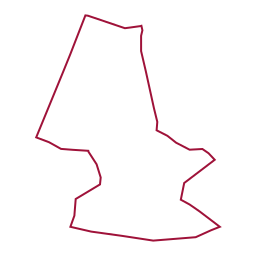 Leslie Land, Castries, Saint Lucia (Mercator projection)
{"feature_id": "8701671B53611878651636", "entity_name": "Leslie Land", "entity_type": "district", "adm_level": 2, "iso_a3": "LCA", "parent_name": "Saint Lucia", "parent_adm1": "Castries", "projection": "mercator", "projection_center": [-60.987, 14.008], "detail": "fine", "context": "isolated", "style": "outline", "palette": "rose", "viewbox_px": 256, "rotation_deg": 0, "n_neighbors": 0, "source": "geoboundaries", "source_scale": "gbopen_adm2", "svg_char_len": 661}
<svg xmlns="http://www.w3.org/2000/svg" viewBox="0 0 256 256"><path d="M36.2,137.4L49.0,142.2L61.0,148.9L72.6,149.8L88.3,150.8L88.5,151.8L96.6,164.3L100.7,177.5L100.0,184.4L75.7,199.0L74.5,214.0L74.4,215.6L70.4,226.8L72.1,227.2L91.2,231.6L121.6,235.8L153.2,240.6L195.7,237.2L211.2,230.2L219.8,226.8L199.7,211.5L189.6,204.5L180.8,199.7L181.1,198.3L184.2,183.0L214.7,159.8L208.5,153.2L202.4,149.0L189.6,149.7L176.1,142.7L167.4,135.8L156.6,130.3L157.3,121.9L153.9,108.0L145.8,71.2L141.1,51.1L141.1,35.8L142.4,30.3L141.4,25.8L140.4,26.1L130.3,27.5L124.9,28.2L87.9,15.7L85.4,15.4L70.3,54.2L63.0,72.2L36.2,137.4Z" fill="none" stroke="#9f1239" stroke-width="2"/></svg>